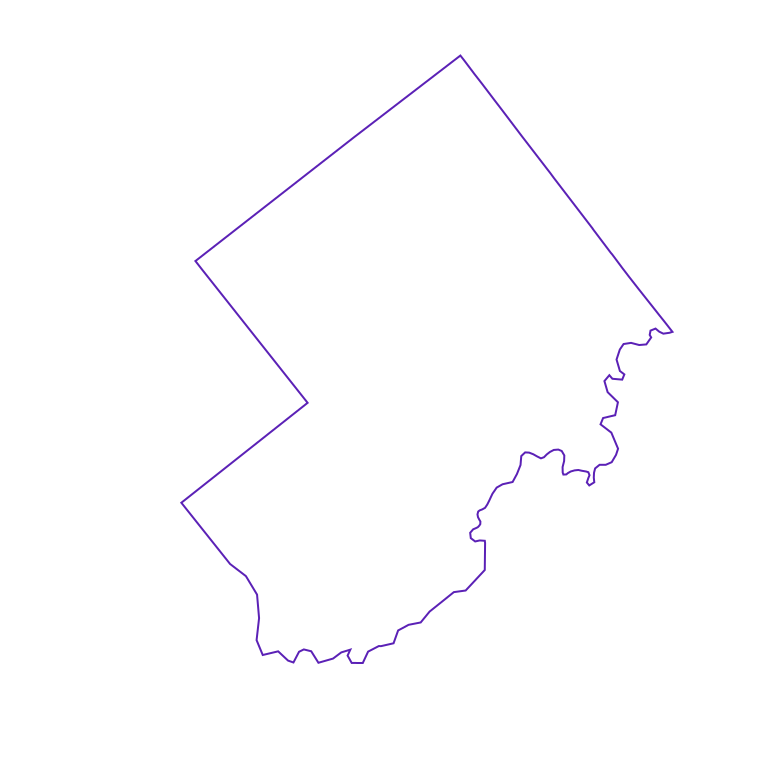 outline of McKenzie, North Dakota, United States of America, rotated 142°
{"feature_id": "52423323B35448642149911", "entity_name": "McKenzie", "entity_type": "district", "adm_level": 2, "iso_a3": "USA", "parent_name": "United States of America", "parent_adm1": "North Dakota", "projection": "albers", "projection_center": [-103.467, 47.736], "detail": "fine", "context": "isolated", "style": "outline", "palette": "violet", "viewbox_px": 768, "rotation_deg": 142, "n_neighbors": 0, "source": "geoboundaries", "source_scale": "gbopen_adm2", "svg_char_len": 2026}
<svg xmlns="http://www.w3.org/2000/svg" viewBox="0 0 768 768"><g transform="rotate(142 384 384)"><path d="M616.1,336.9L611.1,317.6L613.7,296.2L626.6,276.4L642.1,260.6L646.4,245.1L632.0,238.5L629.9,225.1L626.8,220.3L615.8,225.3L610.6,224.2L605.9,218.2L607.3,204.7L593.2,199.0L582.9,198.8L574.1,195.4L579.9,192.4L581.2,184.1L572.5,177.2L561.3,182.9L549.5,180.7L547.6,179.2L536.1,173.8L524.6,181.1L512.9,179.1L501.9,173.5L488.2,176.6L464.6,176.9L457.1,177.0L446.8,171.0L419.1,175.4L402.2,196.5L401.1,198.4L404.9,201.8L409.1,203.8L410.5,209.1L407.7,213.7L403.2,214.6L400.6,213.9L398.3,213.4L396.2,213.7L394.4,214.3L392.7,216.3L392.4,218.6L391.9,221.2L390.6,223.7L388.3,225.5L386.4,225.5L383.8,224.7L380.6,224.2L376.7,225.5L372.7,227.4L369.2,229.2L366.0,230.8L362.1,232.0L359.0,233.0L352.3,232.0L343.0,227.6L334.7,231.2L326.3,236.1L320.2,242.7L314.9,243.2L311.9,240.6L309.6,236.7L308.0,232.8L306.1,228.8L303.0,227.8L299.1,228.3L295.1,228.3L290.8,227.5L287.0,225.0L285.2,221.8L285.9,216.7L289.5,212.4L294.4,208.6L297.7,204.2L298.4,202.2L296.0,200.5L294.1,200.6L290.7,200.1L287.0,198.6L283.8,196.6L281.5,193.8L278.6,190.6L277.3,188.7L278.2,185.6L280.7,184.2L284.8,181.5L284.7,177.7L278.8,177.1L276.3,181.1L273.1,184.8L269.6,187.5L263.9,187.6L259.0,183.8L252.7,182.2L244.8,185.3L239.4,188.9L234.8,205.7L238.2,218.9L232.3,222.3L221.0,217.1L210.9,225.6L212.8,239.9L208.5,250.6L201.0,252.2L200.8,247.5L193.6,240.8L188.7,243.6L190.1,249.0L185.7,260.1L176.9,266.0L170.6,268.0L164.0,264.3L158.9,257.6L152.9,253.7L144.8,256.2L144.4,259.1L141.1,262.0L135.9,260.5L134.9,255.8L132.9,251.7L127.5,248.6L124.6,247.5L124.6,249.2L124.6,260.4L124.7,269.3L124.7,271.9L124.9,302.5L124.9,317.5L124.8,328.3L124.4,345.8L124.5,347.3L124.5,348.4L124.0,377.7L123.9,377.8L123.3,441.6L123.1,448.3L123.1,453.0L122.8,494.6L122.3,528.2L122.2,539.2L121.9,560.6L121.9,560.8L121.9,572.3L121.6,588.8L121.6,594.9L121.6,595.8L255.8,596.9L456.9,597.0L456.9,585.7L455.8,416.2L567.0,415.5L616.8,415.2L616.1,336.9Z" fill="none" stroke="#5b21b6" stroke-width="2"/></g></svg>